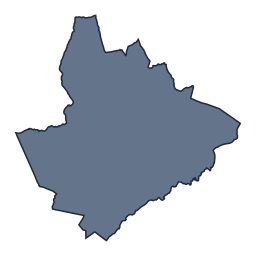 Mutoko, Mashonaland East, Zimbabwe
{"feature_id": "62879985B11813721132111", "entity_name": "Mutoko", "entity_type": "district", "adm_level": 2, "iso_a3": "ZWE", "parent_name": "Zimbabwe", "parent_adm1": "Mashonaland East", "projection": "robinson", "projection_center": [32.255, -17.423], "detail": "fine", "context": "isolated", "style": "filled", "palette": "slate", "viewbox_px": 256, "rotation_deg": 0, "n_neighbors": 0, "source": "geoboundaries", "source_scale": "gbopen_adm2", "svg_char_len": 5698}
<svg xmlns="http://www.w3.org/2000/svg" viewBox="0 0 256 256"><path d="M198.2,181.0L198.5,180.2L198.7,177.4L199.1,176.0L199.7,175.7L200.4,175.7L200.8,175.2L201.6,173.2L201.3,173.2L201.9,172.2L204.1,171.3L204.4,170.0L205.1,169.4L206.1,169.0L206.5,168.0L208.9,169.3L209.7,170.5L210.4,170.5L211.0,168.0L210.8,168.0L210.8,167.4L211.5,167.4L212.4,167.1L213.3,165.6L213.9,163.1L214.2,163.1L214.5,161.7L214.7,159.0L214.9,157.9L214.8,155.1L214.3,153.1L213.4,151.0L213.4,149.9L216.0,147.6L217.0,147.3L217.6,147.3L219.5,145.9L222.2,144.8L224.4,144.1L229.8,143.2L232.0,142.2L234.7,139.4L235.7,139.2L236.6,138.7L237.2,138.1L237.5,137.0L237.5,135.9L236.8,133.6L237.1,132.3L236.9,129.8L238.0,127.3L238.9,126.1L239.0,125.6L239.9,124.2L240.2,123.3L219.1,108.6L206.9,104.2L201.7,102.9L194.1,99.8L193.1,99.2L191.1,98.7L190.7,98.1L193.4,87.4L193.3,86.2L193.1,85.9L192.4,85.7L191.9,85.9L191.1,86.7L188.2,87.8L187.0,87.6L186.6,87.4L186.3,87.5L184.0,88.8L181.4,91.0L179.6,91.1L178.2,90.3L177.8,90.3L175.5,89.1L174.9,88.5L174.0,85.6L174.1,83.6L173.5,81.7L173.7,79.6L173.2,78.9L172.0,77.9L171.8,77.9L171.4,77.0L171.3,76.4L170.7,74.8L169.9,74.2L169.1,73.0L168.5,72.5L167.8,70.9L167.1,70.1L167.2,69.5L166.7,68.9L166.7,67.9L166.3,66.8L166.3,65.8L165.8,65.0L166.1,64.8L166.2,64.6L165.9,64.4L165.5,64.6L164.7,64.2L164.6,63.9L164.6,63.1L164.0,62.8L162.9,63.9L162.2,64.0L161.8,63.8L161.3,64.7L160.0,64.5L159.4,64.9L158.5,64.0L158.1,64.0L157.0,65.3L156.0,65.5L155.7,65.8L154.9,65.6L153.1,65.7L153.3,66.1L153.2,66.4L152.2,67.5L152.1,67.8L151.9,68.0L150.6,68.0L150.3,68.3L149.9,68.4L148.7,67.7L148.1,66.9L150.0,61.1L147.4,57.8L145.5,54.1L144.3,51.0L142.4,48.0L140.3,45.6L139.8,43.5L138.2,39.4L137.4,40.8L136.8,41.4L136.4,42.2L135.8,42.5L134.9,42.6L133.8,43.4L132.6,44.6L128.2,46.5L126.4,51.9L126.4,54.0L125.9,55.6L125.5,55.4L124.7,54.1L124.6,53.8L124.2,53.4L123.7,52.6L122.9,51.7L122.6,51.3L122.5,50.7L122.1,50.3L122.0,50.0L121.7,49.9L121.3,49.9L120.8,50.2L120.4,49.9L120.4,50.3L119.6,50.0L118.5,50.4L117.6,50.4L116.6,50.8L115.3,50.9L110.4,52.0L107.8,52.2L105.8,52.6L104.7,51.2L104.2,50.3L103.5,47.2L102.9,45.5L101.2,39.7L100.6,37.2L100.0,33.3L99.4,31.1L98.8,30.7L99.0,29.3L98.7,28.0L99.0,27.6L98.1,26.3L97.5,24.6L97.1,22.1L96.7,20.6L96.2,18.9L95.6,17.7L95.9,16.9L95.7,15.4L94.1,15.6L93.5,16.1L92.4,16.4L91.9,16.8L91.2,17.1L90.1,17.4L89.0,17.3L88.0,17.6L85.6,17.9L85.3,17.9L84.5,17.4L82.9,17.0L82.6,17.1L82.6,17.4L82.3,17.7L79.4,16.9L77.1,17.2L76.6,17.2L76.1,17.0L75.3,17.3L75.1,17.9L74.8,23.0L74.5,23.0L74.3,23.3L73.9,25.9L73.4,27.4L73.5,28.5L74.1,30.0L74.2,31.0L73.0,32.0L72.6,32.2L71.8,34.2L71.8,34.9L71.6,35.8L71.1,36.9L71.1,38.5L70.1,39.6L69.4,40.8L67.1,46.0L67.0,47.5L66.8,47.6L65.7,50.6L64.5,52.3L64.2,53.2L63.7,55.3L63.4,55.8L62.3,59.0L61.2,60.7L61.0,63.3L59.9,66.4L59.4,68.1L59.6,69.6L60.3,70.9L62.2,72.9L62.5,73.6L62.5,74.6L62.3,75.3L62.3,75.7L61.6,76.2L61.4,77.0L61.6,78.3L61.3,79.4L62.1,80.9L62.1,81.6L61.8,82.9L62.1,85.2L64.9,88.5L66.3,90.4L67.0,91.0L67.9,93.5L68.4,94.3L69.0,94.5L69.6,96.3L72.5,100.2L73.2,101.5L73.3,102.0L73.2,102.8L72.7,104.0L71.2,105.6L70.5,105.9L70.1,105.3L69.7,105.1L69.3,105.8L68.6,105.2L68.1,105.2L66.9,106.7L66.0,107.5L64.7,109.3L64.2,110.3L63.9,111.6L63.9,112.7L64.1,113.5L65.1,114.4L65.7,115.3L65.7,119.3L65.9,120.3L66.3,121.1L66.6,123.0L64.4,124.5L63.9,124.6L63.3,124.1L62.6,124.1L61.7,125.1L60.4,125.7L59.5,125.8L58.7,126.4L58.3,126.1L57.6,126.8L57.0,126.8L56.7,127.0L56.1,127.0L55.1,126.5L54.0,127.0L53.4,126.9L53.0,126.7L52.7,126.2L52.4,126.2L51.7,125.7L51.1,125.8L50.5,126.4L48.6,126.9L48.5,127.2L47.9,127.4L46.0,130.1L44.3,131.2L43.4,130.9L42.6,130.8L41.9,130.3L41.5,130.3L41.1,130.7L39.6,130.6L39.1,131.1L39.0,130.7L38.3,130.6L38.3,130.2L38.0,130.0L37.0,129.7L35.6,129.9L34.2,129.2L33.6,129.7L33.4,129.7L32.8,129.4L31.8,129.3L30.8,128.6L29.0,128.6L28.6,128.9L28.9,129.0L28.8,129.3L27.6,129.4L26.1,130.2L25.5,130.2L22.6,132.0L20.9,132.9L18.4,133.2L15.8,132.8L21.4,145.8L23.4,149.9L23.4,150.0L35.3,176.9L37.3,182.1L38.6,184.2L38.9,185.5L39.7,186.5L40.1,186.6L43.2,187.2L52.9,191.1L56.6,193.9L56.5,194.5L55.8,194.7L54.8,195.9L54.7,197.1L54.9,197.7L54.9,198.1L54.4,198.6L53.7,199.0L53.6,200.8L54.1,201.4L54.3,202.4L53.4,203.4L53.3,205.0L52.2,206.6L52.6,209.1L84.0,215.5L83.2,217.9L78.9,224.8L82.9,229.8L85.8,230.6L85.9,238.2L94.8,231.9L106.3,240.6L107.0,239.9L109.3,236.6L110.0,236.1L110.5,236.0L112.5,234.1L113.4,233.7L114.1,233.6L115.0,232.8L116.2,230.9L117.9,229.0L118.3,228.7L118.8,228.9L119.2,228.7L119.3,227.9L119.8,227.2L119.9,226.8L119.7,225.6L121.0,222.9L121.7,222.0L121.7,221.7L122.9,220.7L125.1,220.6L125.5,220.3L126.1,219.5L125.7,218.8L125.7,218.0L128.0,215.5L130.1,214.4L131.4,214.8L132.6,214.9L133.0,214.4L134.1,213.9L134.6,213.5L135.0,212.2L135.7,210.8L136.0,210.5L136.6,210.7L137.4,210.2L140.9,207.1L143.0,205.7L144.4,205.0L147.0,202.8L147.5,201.9L148.5,200.9L150.8,200.0L153.5,200.6L155.0,199.8L155.6,199.8L156.1,200.0L157.4,198.9L158.2,197.7L158.6,197.6L159.4,197.8L160.8,199.4L161.9,200.2L162.6,200.1L163.7,199.5L164.5,198.5L164.5,198.1L164.4,198.0L163.9,198.0L163.8,197.8L163.6,197.3L163.7,196.8L164.4,196.3L165.2,195.3L166.6,194.8L168.4,193.2L169.1,193.2L169.4,192.8L170.3,191.2L170.8,190.7L170.8,189.1L171.5,187.0L172.3,186.4L173.2,186.2L173.5,186.3L173.8,186.9L175.1,186.8L176.1,186.3L176.6,184.8L177.0,184.5L178.4,182.2L178.9,181.8L181.3,182.2L183.0,183.6L184.4,183.5L185.5,184.3L186.0,184.4L186.6,184.3L187.4,183.5L188.8,183.7L189.2,183.9L189.9,184.9L190.4,184.9L190.8,184.7L190.8,184.3L191.2,183.7L190.9,181.9L190.9,181.2L191.4,180.9L192.5,181.0L192.7,180.7L193.1,179.1L194.0,178.2L194.5,179.5L195.4,178.5L195.5,179.7L196.2,180.6L196.6,180.7L196.9,180.3L197.0,180.3L197.6,180.8L198.2,180.8L198.2,181.0Z" fill="#64748b" stroke="#1e293b" stroke-width="1.5"/></svg>